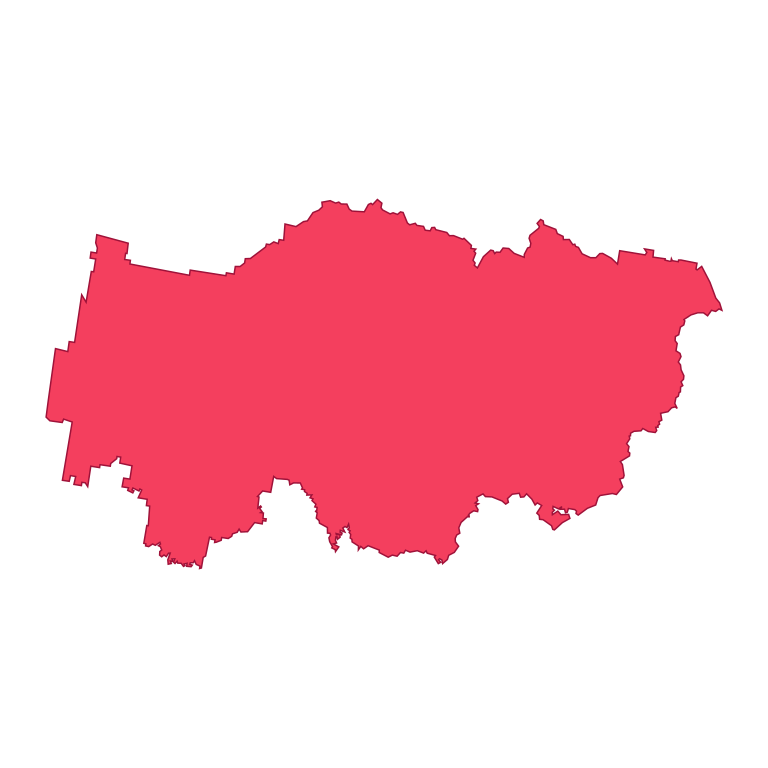 the district of Greater Hume, New South Wales, Australia
{"feature_id": "25037944B5872723036943", "entity_name": "Greater Hume", "entity_type": "district", "adm_level": 2, "iso_a3": "AUS", "parent_name": "Australia", "parent_adm1": "New South Wales", "projection": "orthographic", "projection_center": [147.32, -35.758], "detail": "fine", "context": "isolated", "style": "filled", "palette": "rose", "viewbox_px": 768, "rotation_deg": 0, "n_neighbors": 0, "source": "geoboundaries", "source_scale": "gbopen_adm2", "svg_char_len": 6100}
<svg xmlns="http://www.w3.org/2000/svg" viewBox="0 0 768 768"><path d="M335.5,551.6L338.8,546.9L333.3,543.9L336.6,543.0L335.4,540.4L335.9,536.8L337.0,536.8L337.5,539.3L340.1,537.2L339.7,534.4L336.4,534.8L336.1,533.5L341.5,534.9L342.1,533.1L340.1,532.1L340.3,530.3L344.8,532.0L342.8,528.0L345.0,526.5L347.0,527.6L348.6,524.1L349.3,527.6L348.0,529.6L350.1,530.8L349.1,532.3L350.7,534.4L350.2,538.1L351.9,539.3L352.1,541.9L358.5,546.0L358.4,549.8L360.8,546.4L363.6,548.8L368.1,545.7L379.3,550.1L379.2,552.5L388.2,557.2L392.3,555.1L397.1,556.2L400.5,552.5L403.8,553.1L405.5,550.2L410.0,552.1L417.3,550.7L423.6,553.1L426.1,550.8L427.2,553.2L435.5,555.5L434.3,557.1L438.3,563.6L440.7,562.3L438.5,559.7L439.5,558.7L441.9,560.0L442.6,563.6L447.4,559.5L448.7,555.3L454.3,552.4L458.6,546.2L455.4,541.9L455.2,538.5L456.7,535.0L459.8,533.2L458.8,527.8L461.1,522.4L467.3,516.8L469.2,516.8L469.0,515.2L467.9,515.8L469.7,513.4L473.7,510.8L477.6,511.6L478.0,509.6L475.7,505.6L478.5,503.8L475.1,503.0L477.8,500.6L476.7,497.2L483.0,493.9L485.4,496.6L491.9,496.9L502.1,501.0L505.7,504.1L508.4,502.3L507.5,498.6L512.2,494.2L519.3,493.3L520.6,497.2L523.9,496.9L526.6,493.8L531.9,499.2L535.1,505.0L537.3,502.9L541.7,505.5L536.8,513.1L539.2,515.4L539.6,519.3L543.1,519.7L551.5,525.7L552.8,529.4L554.4,529.9L562.4,522.6L569.9,518.4L568.6,514.4L560.9,514.7L557.8,511.1L552.4,514.7L552.3,512.3L554.4,510.2L552.8,508.9L553.1,506.4L558.6,508.9L561.9,506.6L560.3,509.3L564.5,509.2L565.5,512.7L567.3,512.2L568.4,508.5L574.8,509.6L576.5,511.1L576.0,513.5L578.2,515.1L587.4,508.3L595.7,505.0L598.0,497.7L600.1,495.5L612.4,493.5L616.4,494.5L622.7,486.9L619.7,479.1L623.4,477.8L624.1,475.4L622.4,464.5L620.3,461.5L629.5,455.9L629.8,453.1L628.0,451.5L629.0,446.6L626.6,443.7L629.8,438.8L629.2,436.1L630.5,435.8L630.6,433.2L634.0,431.3L641.0,430.8L642.8,428.5L648.3,431.5L655.2,432.5L656.7,430.6L655.7,427.3L658.1,427.1L657.8,425.5L659.6,424.2L658.9,421.7L661.8,420.1L660.6,413.3L668.0,411.7L671.6,407.8L675.2,406.9L677.2,408.4L674.8,403.4L675.9,397.7L678.3,396.2L679.1,392.5L680.4,391.9L680.6,387.0L682.8,385.6L681.1,381.8L683.5,379.3L683.9,375.8L681.1,369.8L680.5,364.9L678.3,362.0L681.0,356.6L680.0,353.4L676.0,350.8L677.2,343.5L675.1,340.7L675.4,336.5L678.7,334.7L680.4,327.1L683.8,324.9L684.8,320.9L683.9,319.5L691.0,314.9L697.7,312.8L703.5,312.8L707.6,315.8L711.5,310.3L715.7,311.4L719.0,308.9L721.9,310.3L719.6,302.9L715.8,298.1L710.0,282.4L701.7,266.4L697.1,269.9L696.0,269.1L697.0,263.2L680.9,260.0L678.6,260.0L678.3,261.7L672.3,260.7L671.4,258.7L670.9,261.2L669.8,261.3L665.0,260.1L665.2,258.8L653.0,257.1L653.6,250.4L644.5,248.9L646.8,252.5L645.2,254.9L619.7,250.7L617.5,264.1L611.3,258.2L602.6,253.4L599.8,253.6L595.9,257.7L590.5,257.7L582.1,253.8L578.4,247.4L575.6,246.4L574.8,244.2L572.8,244.7L569.3,239.5L563.4,239.6L563.1,236.4L557.3,233.6L555.8,229.4L543.8,224.7L543.2,220.9L540.6,219.5L537.1,223.4L539.4,226.5L538.7,228.3L530.0,235.3L529.1,238.3L530.8,243.3L530.1,247.1L527.6,248.0L524.3,254.4L524.2,257.3L514.2,253.4L508.8,248.5L503.1,248.0L500.0,252.3L496.2,252.1L494.7,253.6L493.2,250.7L490.7,250.1L483.4,256.7L477.4,267.9L474.3,265.3L475.1,263.0L473.0,260.3L475.7,253.2L474.0,251.2L475.8,249.1L470.9,248.4L471.4,245.4L464.0,238.3L462.6,239.2L453.5,235.6L449.4,235.7L446.8,232.5L435.8,229.7L434.6,227.4L431.8,227.6L430.2,230.8L425.2,230.2L423.5,226.4L416.9,225.4L415.3,223.3L409.7,224.8L407.4,223.0L403.1,212.5L400.5,211.9L397.5,214.4L393.1,212.8L390.1,213.9L382.5,209.9L381.0,207.6L381.9,203.2L377.4,199.5L372.6,204.6L371.0,203.3L368.4,204.5L364.3,211.8L352.0,211.1L349.2,209.1L346.9,204.1L341.2,204.0L338.8,202.1L335.6,203.1L330.2,200.7L321.9,202.2L322.4,206.8L318.8,210.2L313.0,212.6L307.4,220.9L303.5,221.6L296.0,226.6L285.0,224.0L283.7,240.3L279.2,239.6L278.2,243.6L273.8,241.9L269.7,244.6L266.4,244.1L265.6,247.0L250.4,258.5L245.3,258.7L244.6,263.0L240.1,266.5L235.3,266.5L234.1,274.1L226.4,272.8L225.9,275.7L190.2,270.1L189.5,275.3L129.9,264.0L130.4,260.3L124.7,259.5L125.6,253.3L127.0,253.5L128.2,243.2L96.8,234.7L95.7,242.8L97.4,248.0L96.6,253.0L91.0,252.1L90.2,258.1L95.7,259.0L93.7,271.8L91.3,271.5L86.1,302.2L81.7,294.8L74.6,342.4L69.2,341.6L67.8,351.6L55.5,348.6L48.3,400.3L46.1,417.1L49.9,420.8L62.2,422.5L63.6,419.1L72.2,422.0L62.4,480.3L69.2,481.3L70.5,475.6L75.7,476.5L73.9,484.4L81.4,485.6L81.9,482.3L85.3,482.8L87.7,486.6L90.8,466.2L99.6,467.6L100.0,464.7L110.3,466.2L110.7,463.5L116.7,458.7L117.0,456.5L120.7,457.1L119.8,463.1L132.0,465.8L129.9,479.1L123.7,478.1L122.1,486.8L128.5,487.8L127.7,490.4L132.8,492.9L133.9,490.8L132.0,489.9L132.9,488.0L139.0,491.0L139.9,489.0L141.7,490.0L138.2,497.8L147.2,499.3L146.4,505.6L149.7,506.1L148.3,525.7L146.8,525.5L143.8,543.3L145.9,543.9L145.6,545.9L148.7,546.6L152.6,544.0L155.3,545.3L159.9,542.3L160.5,544.0L158.4,545.7L160.3,546.6L161.7,550.0L159.8,551.5L159.6,555.1L161.7,556.8L164.0,555.0L166.3,556.6L168.5,553.2L170.2,553.1L167.8,559.8L168.2,564.2L171.3,563.5L170.4,561.0L172.8,561.5L172.0,558.9L174.8,558.8L173.5,562.1L175.0,563.5L177.1,561.2L177.7,563.1L181.2,563.3L183.5,566.4L185.0,565.6L184.0,564.0L187.1,563.3L186.7,566.3L191.1,566.7L192.3,565.1L189.7,564.4L190.3,562.8L193.3,562.7L194.5,560.7L196.2,564.4L200.0,566.1L199.6,568.5L201.4,568.0L203.2,557.4L205.6,556.0L209.5,537.2L211.5,537.5L211.3,539.2L215.0,539.8L214.6,542.5L216.3,542.2L221.2,540.3L221.7,537.5L228.2,538.5L231.7,536.3L232.5,533.8L237.2,532.3L239.1,529.1L240.9,532.0L247.6,531.7L254.6,522.6L262.2,523.9L262.7,520.6L265.8,521.1L266.2,518.9L263.0,518.5L263.4,513.0L260.7,512.6L262.1,511.7L259.6,508.3L261.3,507.0L260.6,506.0L257.8,508.1L259.0,497.0L257.5,496.5L262.6,491.0L270.7,492.3L273.7,476.4L276.6,478.6L287.4,479.4L289.1,480.2L289.8,484.8L293.6,482.9L300.3,483.0L302.5,487.9L301.7,489.2L304.6,489.7L304.5,491.5L307.1,493.3L306.8,495.1L311.9,494.9L310.0,497.8L313.0,498.8L312.0,500.6L315.9,504.2L314.8,506.9L317.1,507.4L316.6,511.4L315.1,510.9L317.2,512.9L316.3,518.1L319.1,520.6L319.5,523.2L327.4,527.5L327.5,533.1L330.0,533.3L330.6,535.0L328.9,537.8L329.7,541.7L332.5,546.7L331.8,547.9L335.2,549.6L335.5,551.6Z" fill="#f43f5e" stroke="#9f1239" stroke-width="1.5"/></svg>